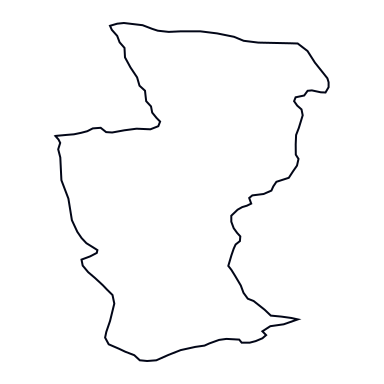 outline of Övertorneå, Norrbotten, Sweden
{"feature_id": "70781695B64947384355586", "entity_name": "Övertorneå", "entity_type": "district", "adm_level": 2, "iso_a3": "SWE", "parent_name": "Sweden", "parent_adm1": "Norrbotten", "projection": "natural_earth1", "projection_center": [23.504, 66.517], "detail": "fine", "context": "isolated", "style": "outline", "palette": "ink", "viewbox_px": 384, "rotation_deg": 0, "n_neighbors": 0, "source": "geoboundaries", "source_scale": "gbopen_adm2", "svg_char_len": 1853}
<svg xmlns="http://www.w3.org/2000/svg" viewBox="0 0 384 384"><path d="M55.4,136.0L58.5,139.5L60.2,142.9L58.2,149.3L60.3,157.5L61.4,180.2L68.4,198.6L71.9,220.2L77.3,231.8L81.6,238.1L86.4,243.2L94.9,248.5L97.4,250.1L96.8,252.9L90.1,256.4L81.5,259.6L82.7,265.6L88.2,272.2L94.9,277.9L102.8,285.2L107.0,289.6L112.5,295.0L114.3,303.6L110.5,319.1L110.0,321.1L106.3,331.9L105.1,337.6L108.7,344.3L119.1,348.8L125.2,351.7L134.3,355.2L139.8,360.3L142.1,360.5L147.1,361.0L156.3,360.3L168.5,354.9L180.7,350.1L195.3,346.9L204.5,345.6L209.4,343.4L219.1,339.9L226.4,338.9L239.2,339.6L241.7,342.7L249.6,342.7L255.7,341.1L262.4,338.3L266.1,335.1L262.4,331.3L270.3,326.2L283.7,324.3L297.8,319.4L291.5,318.0L281.4,316.6L270.8,315.6L264.6,309.7L253.6,301.0L247.8,298.7L243.5,292.8L240.8,285.5L235.3,276.2L231.4,269.9L228.3,265.9L231.4,255.4L233.7,248.7L235.6,244.5L239.9,241.1L240.3,236.4L237.2,233.0L233.7,228.2L231.3,221.7L231.3,215.7L237.6,209.7L242.2,207.1L246.9,205.7L251.2,203.6L249.2,198.0L252.3,195.4L263.6,194.0L271.4,190.6L273.3,186.4L276.4,181.8L288.8,177.8L293.1,171.2L297.0,165.6L298.5,158.9L295.8,154.7L295.7,144.3L296.1,135.0L298.8,128.0L302.7,115.3L301.5,109.4L297.2,105.6L294.1,101.2L295.6,97.3L304.2,95.5L307.6,90.8L311.9,90.4L320.8,92.3L325.5,92.5L328.6,87.2L328.6,82.3L327.4,78.3L314.9,62.6L307.5,51.0L297.7,43.5L291.0,43.3L258.3,42.6L243.7,40.8L234.0,36.8L217.1,33.4L200.1,31.3L181.4,31.3L168.7,31.9L157.8,30.7L152.3,28.9L142.6,25.2L123.9,23.0L117.2,23.7L110.0,25.8L111.8,29.8L117.2,35.9L119.6,42.3L124.5,47.9L125.0,57.4L130.5,67.5L137.1,77.4L139.5,85.7L145.0,90.7L145.6,96.2L146.2,101.2L151.0,106.4L152.2,112.6L156.5,117.9L160.1,121.6L158.3,126.2L150.4,129.3L136.5,128.7L124.3,130.3L112.2,132.5L106.1,132.1L100.7,127.8L92.8,128.4L87.3,131.2L81.2,132.8L74.0,134.3L66.7,134.9L55.7,135.9L55.4,136.0Z" fill="none" stroke="#020617" stroke-width="2"/></svg>